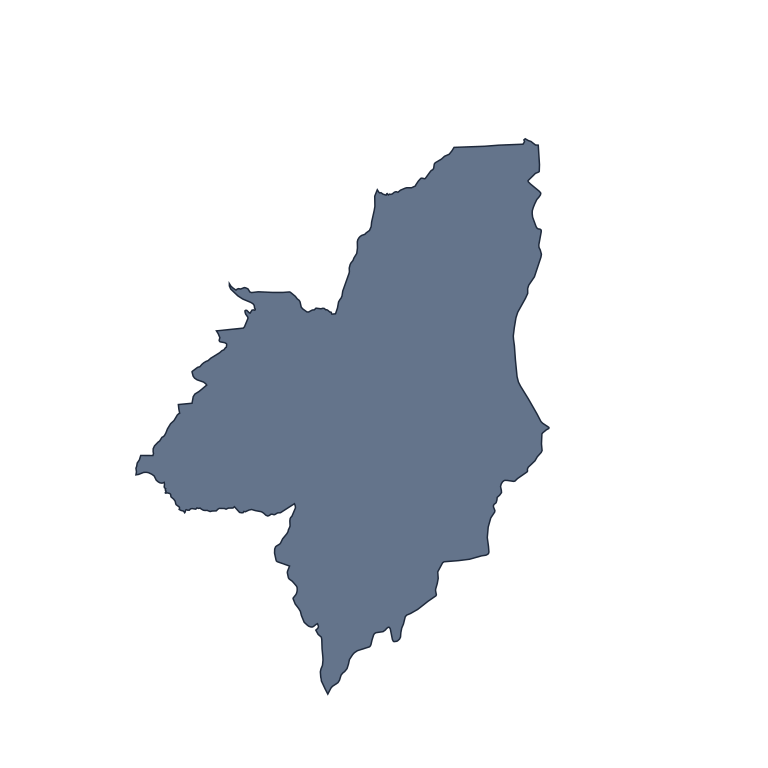 An Khe, Gia Lai, Vietnam (orthographic projection), rotated 36°
{"feature_id": "81297802B94904539855050", "entity_name": "An Khe", "entity_type": "district", "adm_level": 2, "iso_a3": "VNM", "parent_name": "Vietnam", "parent_adm1": "Gia Lai", "projection": "orthographic", "projection_center": [108.675, 14.022], "detail": "fine", "context": "isolated", "style": "filled", "palette": "slate", "viewbox_px": 768, "rotation_deg": 36, "n_neighbors": 0, "source": "geoboundaries", "source_scale": "gbopen_adm2", "svg_char_len": 6170}
<svg xmlns="http://www.w3.org/2000/svg" viewBox="0 0 768 768"><g transform="rotate(36 384 384)"><path d="M543.3,322.5L542.7,322.2L535.3,322.5L533.0,322.1L525.6,318.4L509.6,311.2L495.7,305.5L491.6,303.4L487.3,299.8L476.1,287.2L467.0,276.4L462.7,271.9L460.4,269.2L456.4,262.0L451.8,252.8L450.0,247.3L448.1,231.6L447.0,226.2L444.1,222.3L443.0,218.9L442.7,208.9L436.4,189.1L435.1,186.5L431.6,183.7L429.1,182.4L427.5,180.5L421.7,168.4L420.7,167.1L419.2,167.0L417.6,167.9L415.9,167.9L414.4,167.2L406.2,161.7L403.7,159.0L402.1,156.6L401.0,153.4L400.1,149.9L399.2,145.0L399.5,141.6L399.4,139.1L398.9,137.8L398.4,137.3L396.4,136.8L384.8,136.1L381.8,135.6L381.0,134.8L382.7,124.6L384.6,121.5L384.6,120.7L380.9,115.2L368.4,100.1L366.1,101.6L360.3,101.4L357.8,102.2L354.1,102.6L353.7,104.3L355.3,105.4L355.5,108.3L336.5,123.3L325.7,132.5L301.6,151.4L301.9,155.5L301.7,159.8L299.1,164.2L298.3,168.2L295.4,174.9L295.4,176.5L297.3,180.1L297.5,181.5L297.4,182.3L296.8,183.2L296.6,184.7L296.6,193.4L296.3,194.0L293.6,195.2L292.9,196.0L292.5,199.7L292.7,204.2L293.0,205.3L290.9,209.1L287.1,211.8L286.1,213.0L283.4,217.5L282.6,220.7L281.0,221.2L280.2,221.9L279.6,223.0L279.0,225.3L278.1,226.6L276.9,227.1L276.4,228.5L274.6,228.1L274.4,228.7L274.8,229.6L274.6,230.0L271.6,231.0L269.1,231.0L268.3,231.9L267.2,231.9L264.4,230.8L266.1,237.5L272.2,245.6L274.1,249.4L278.8,260.3L281.1,264.2L282.0,268.3L280.7,272.4L280.5,274.2L278.6,276.9L278.0,278.7L277.8,280.3L278.0,282.6L278.8,284.6L282.6,289.6L285.2,294.4L285.6,299.8L286.3,302.3L286.1,305.3L286.4,307.3L287.7,310.6L290.0,313.5L290.6,314.8L296.0,333.1L298.3,337.5L298.8,339.9L298.7,341.5L299.0,344.3L301.7,349.9L303.5,355.7L300.8,358.1L300.1,357.9L299.5,357.2L298.8,357.0L297.9,357.6L295.0,357.4L294.0,357.6L293.3,358.2L291.3,358.0L290.8,358.2L289.9,358.8L288.8,360.2L284.4,362.6L284.0,365.0L282.5,366.3L280.6,370.2L279.2,371.0L274.3,371.0L271.9,370.5L267.8,366.9L266.2,366.2L263.7,366.1L260.8,365.2L254.3,364.8L253.4,365.1L248.2,369.5L240.2,375.3L228.1,383.3L223.1,387.9L221.4,388.4L218.0,387.0L215.6,387.5L214.3,388.1L212.2,391.4L210.2,392.4L209.4,393.6L209.2,394.7L208.7,395.1L205.1,395.1L202.6,394.8L199.9,393.7L201.3,395.6L204.2,397.3L213.9,398.6L219.8,398.3L228.3,396.3L230.8,396.1L232.8,396.7L234.7,398.7L235.6,398.9L236.2,399.6L236.0,400.3L234.8,400.8L233.8,401.8L234.0,405.4L233.4,405.6L229.8,405.1L228.9,405.5L228.5,406.4L229.1,407.3L230.2,408.2L231.1,408.8L234.6,410.0L235.4,411.0L237.5,419.8L237.3,421.5L217.2,439.5L220.2,440.7L224.0,443.0L224.9,445.5L225.8,446.1L226.6,446.2L230.9,444.2L232.6,444.0L233.1,444.1L233.7,444.8L234.8,446.9L234.4,447.9L234.4,450.4L233.3,452.3L232.7,455.2L228.7,464.9L227.9,468.6L226.8,470.2L225.7,472.8L225.1,475.3L224.9,478.2L223.4,480.1L221.5,486.3L221.5,487.0L224.9,489.8L227.3,490.6L230.3,490.5L236.9,488.5L239.6,488.6L241.2,489.1L238.8,498.6L236.9,503.3L237.1,506.4L240.0,512.4L229.7,521.5L232.7,524.8L235.9,527.8L235.4,528.7L235.0,530.5L235.6,537.0L234.7,541.5L235.2,547.6L236.3,551.8L236.7,554.9L236.3,556.5L235.7,557.7L236.0,562.0L235.4,563.8L234.7,568.9L235.3,572.0L237.1,574.6L238.3,575.6L239.1,577.7L229.2,584.8L230.7,589.2L230.8,593.0L232.3,596.0L232.8,597.9L235.4,600.6L236.7,603.3L238.6,601.4L241.6,596.7L243.7,595.1L245.5,594.2L249.2,593.5L252.1,593.5L256.3,595.7L258.8,595.9L260.6,595.7L261.8,595.2L262.8,594.6L264.0,592.8L265.4,594.2L266.6,596.4L267.4,597.0L268.9,597.0L269.3,598.3L270.7,598.8L270.9,600.4L271.2,600.7L271.6,600.6L272.6,599.5L274.8,598.6L275.6,598.6L276.2,598.7L278.0,600.5L281.6,600.8L284.0,601.6L286.0,603.4L286.8,603.8L290.8,603.9L291.6,604.6L292.0,605.9L294.2,605.6L296.0,604.8L297.2,604.8L298.4,605.4L298.5,605.0L297.7,602.5L297.9,601.9L299.3,601.5L300.7,600.5L300.8,598.9L301.9,597.6L305.3,595.9L305.5,594.2L307.2,593.6L308.1,592.5L309.5,592.6L312.0,592.3L313.4,591.6L315.2,590.2L318.3,589.4L319.5,587.9L322.9,585.2L323.2,583.0L323.8,581.5L328.1,578.5L329.8,578.1L331.0,575.9L334.7,573.1L335.1,571.2L342.6,572.8L344.5,571.9L345.6,571.0L345.5,569.5L346.9,568.9L348.9,565.3L350.7,563.3L354.2,562.1L359.9,559.4L362.4,559.2L365.6,559.6L367.6,559.1L368.7,557.4L368.9,556.1L369.9,555.1L371.9,554.4L372.5,553.6L373.7,550.8L375.9,549.0L381.9,533.5L383.8,534.7L385.2,536.3L387.2,545.0L387.0,546.9L387.2,548.1L388.3,550.1L391.4,554.0L391.8,555.1L392.4,558.3L393.1,559.7L393.4,562.0L393.0,568.9L393.8,573.5L393.7,574.8L392.2,578.4L392.0,579.5L392.6,581.8L394.8,585.1L399.8,589.6L400.9,590.4L402.1,590.5L414.6,586.8L416.0,592.2L416.7,593.5L420.6,597.0L422.0,597.5L425.6,597.5L428.0,598.0L431.8,598.9L433.2,599.6L434.6,601.3L435.5,602.8L436.3,604.9L436.5,606.2L436.3,610.5L436.6,611.1L441.5,614.2L446.9,615.8L450.0,617.1L453.2,619.8L459.5,623.7L463.9,624.2L465.5,624.2L467.5,623.6L468.7,622.9L469.5,621.6L470.3,618.5L471.1,617.0L473.4,618.6L473.9,619.5L474.0,620.9L473.5,623.2L477.9,625.3L481.9,625.6L482.5,626.0L484.1,627.6L489.6,634.7L494.9,640.7L496.9,643.2L499.6,647.8L500.5,651.6L501.7,654.3L505.1,658.3L506.7,659.7L507.8,661.0L515.6,665.3L520.8,667.9L519.8,661.2L520.0,658.9L522.3,652.7L522.1,649.8L520.4,644.8L520.5,642.2L521.2,639.7L521.4,636.0L519.9,631.5L518.0,627.2L517.7,621.4L518.0,618.8L519.3,615.3L526.8,605.1L526.9,603.8L526.6,602.4L524.8,598.2L523.1,593.1L523.0,591.6L523.6,590.0L528.8,584.9L529.7,582.2L529.8,580.2L530.4,578.3L531.2,577.8L532.8,578.2L541.0,585.8L542.9,586.7L543.6,586.5L545.6,584.6L546.0,583.7L546.5,581.2L546.1,579.0L543.8,575.3L541.8,571.0L540.8,566.7L538.0,559.8L538.2,557.6L540.4,554.0L543.8,546.4L547.4,533.7L550.5,524.9L550.3,523.8L547.2,520.9L546.3,519.5L544.4,514.2L542.1,509.4L537.9,504.4L536.5,494.2L537.1,492.5L548.1,483.1L556.2,475.5L564.0,465.6L567.1,462.6L568.1,460.6L568.1,459.4L567.6,458.2L564.1,454.1L557.8,447.5L552.4,438.5L549.1,429.6L548.8,422.5L548.1,421.2L544.8,419.1L544.0,418.0L543.8,416.5L544.4,414.8L544.4,413.9L543.5,411.4L542.2,409.2L542.9,405.9L542.9,402.8L541.5,401.1L538.6,398.5L537.6,396.0L537.4,393.6L537.8,391.9L538.4,390.9L540.5,389.5L546.1,386.6L547.0,385.6L547.6,382.0L551.4,371.1L551.3,370.1L550.0,368.5L549.6,366.5L551.3,357.4L550.8,352.8L551.4,347.0L551.0,344.9L546.6,339.9L541.1,331.6L541.1,330.2L542.3,325.6L543.4,323.3L543.3,322.5Z" fill="#64748b" stroke="#1e293b" stroke-width="1.5"/></g></svg>